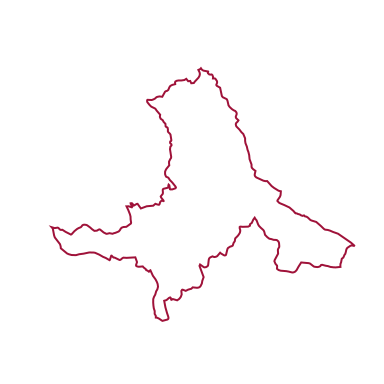 Anh Son, Nghệ An, Vietnam (Albers equal-area conic projection), rotated 256°
{"feature_id": "81297802B23970425053168", "entity_name": "Anh Son", "entity_type": "district", "adm_level": 2, "iso_a3": "VNM", "parent_name": "Vietnam", "parent_adm1": "Nghệ An", "projection": "albers", "projection_center": [105.043, 18.967], "detail": "fine", "context": "isolated", "style": "outline", "palette": "rose", "viewbox_px": 384, "rotation_deg": 256, "n_neighbors": 0, "source": "geoboundaries", "source_scale": "gbopen_adm2", "svg_char_len": 6029}
<svg xmlns="http://www.w3.org/2000/svg" viewBox="0 0 384 384"><g transform="rotate(256 192 192)"><path d="M191.8,47.3L190.2,48.1L183.3,47.7L181.1,47.9L173.3,51.3L171.1,51.4L169.1,51.1L162.6,55.9L161.5,57.3L160.0,59.9L158.8,64.1L158.9,67.5L158.4,71.9L158.2,77.7L157.0,82.0L156.5,83.2L153.7,86.8L150.6,90.0L148.9,92.3L145.8,95.5L146.0,95.9L149.7,98.2L149.7,98.6L148.0,99.6L147.4,100.0L147.1,101.0L143.6,105.2L143.5,106.2L144.6,108.4L144.9,109.5L143.9,112.7L142.3,121.2L137.3,121.7L134.6,120.0L133.8,120.0L133.4,120.3L132.7,121.4L132.3,122.4L131.7,126.2L130.5,126.8L128.3,128.5L127.2,128.7L126.6,129.7L125.1,130.9L126.0,132.2L126.1,132.7L120.2,133.8L116.0,135.5L113.0,136.2L111.0,136.4L108.3,136.1L105.9,134.8L104.3,133.2L101.3,131.5L99.5,129.8L97.5,128.5L94.1,127.6L91.2,127.1L88.4,126.8L85.5,127.0L82.8,126.3L80.6,126.9L78.9,126.5L78.5,127.7L77.1,129.4L74.5,131.7L74.1,132.2L74.2,137.4L74.6,138.2L75.4,138.7L76.8,138.8L80.5,138.5L86.5,138.3L93.2,138.7L93.3,141.1L94.8,144.1L95.0,145.3L94.5,145.7L92.5,145.8L92.3,146.2L92.8,147.3L92.7,147.6L90.5,151.4L91.3,153.6L92.0,154.6L93.0,155.8L95.1,157.2L98.5,157.7L99.5,158.7L99.5,159.3L97.6,162.0L98.2,164.7L98.3,168.0L99.3,169.6L97.8,173.8L97.7,175.5L98.0,176.6L98.6,177.5L100.8,179.4L103.3,180.5L106.6,182.7L118.5,181.4L119.7,182.3L116.3,185.2L115.9,185.7L115.7,187.4L116.2,189.0L116.7,189.7L117.5,190.1L122.3,191.9L123.4,192.6L124.1,193.8L124.6,196.3L123.7,197.5L123.4,198.3L123.4,199.9L123.7,201.0L126.3,204.6L125.4,205.2L122.9,207.7L122.5,208.4L122.5,209.2L122.8,209.8L128.1,212.6L129.0,213.5L129.8,216.0L129.8,217.4L130.2,218.6L132.5,220.0L133.9,221.6L136.5,222.7L138.3,225.7L139.4,227.1L140.9,228.6L142.3,229.3L143.4,229.6L145.3,229.5L146.5,229.8L146.7,230.2L146.6,231.0L146.0,232.5L144.8,238.1L145.3,240.1L146.3,240.3L146.8,240.7L147.5,242.5L150.4,244.8L151.9,246.6L150.2,247.1L148.9,247.8L144.7,248.3L143.1,248.7L140.8,250.0L138.0,251.9L137.1,252.3L135.7,252.5L132.8,252.5L130.0,254.1L128.0,255.7L127.0,257.8L125.9,259.5L125.2,261.8L124.8,262.7L123.1,263.9L121.5,264.1L118.4,263.6L117.5,263.3L115.9,261.8L115.0,261.3L111.3,260.6L106.0,255.8L104.9,255.2L102.2,255.6L100.0,256.7L99.2,256.6L97.1,255.9L96.7,256.0L95.3,257.2L94.2,259.0L92.4,264.3L91.5,266.3L89.7,269.7L89.5,270.6L89.5,271.5L89.8,272.9L90.9,274.6L93.8,277.3L97.2,280.9L94.7,288.1L94.0,289.2L90.2,292.2L89.7,293.1L88.8,295.5L88.7,297.0L89.0,298.5L89.9,299.5L89.9,300.6L88.1,303.9L87.2,306.0L85.8,308.2L84.7,311.1L84.1,313.1L83.4,317.9L84.2,318.0L86.4,318.7L87.6,319.6L91.0,321.2L91.8,323.0L94.3,324.9L94.8,325.7L96.7,326.8L98.4,327.6L99.7,328.5L100.3,329.4L101.5,332.7L101.5,334.1L100.6,336.1L100.0,336.7L101.1,336.3L104.4,334.0L116.2,323.6L119.1,319.2L121.1,316.6L122.3,314.6L123.3,312.0L124.2,311.1L127.9,308.8L132.9,305.3L135.4,301.1L136.2,300.1L139.2,298.2L140.3,297.2L141.1,295.6L142.2,295.0L142.1,293.5L143.1,292.0L143.8,291.5L144.5,290.5L145.0,289.5L145.9,288.5L146.1,287.6L146.7,287.3L146.8,286.9L149.0,285.9L153.4,282.8L157.0,278.4L159.6,274.9L160.5,273.9L162.6,272.7L163.2,272.9L166.1,276.2L167.6,277.2L171.2,278.4L172.3,276.3L176.1,272.6L178.5,270.7L184.4,267.6L184.8,265.8L185.7,264.0L190.6,257.9L191.9,257.1L192.8,256.9L193.9,257.1L197.1,258.7L199.4,256.8L201.1,255.9L202.1,255.9L204.3,256.4L209.9,255.8L213.9,256.4L217.2,256.4L219.6,256.1L222.7,256.2L226.4,255.7L228.7,255.9L231.2,256.5L235.9,255.8L238.1,254.4L241.2,253.1L244.9,250.9L246.0,250.8L247.3,250.9L248.2,251.5L249.4,253.5L250.3,254.4L253.0,252.7L254.0,252.6L254.5,252.7L256.6,254.1L257.6,254.4L258.6,254.3L260.1,253.6L261.3,252.1L262.9,250.7L265.4,249.1L267.2,248.4L271.7,248.5L273.4,248.3L274.0,247.8L276.5,244.8L277.9,244.2L286.4,244.5L289.0,241.8L289.7,241.5L290.1,241.5L291.8,242.7L292.7,243.0L293.7,243.0L296.2,242.1L296.6,241.7L297.1,239.8L298.5,240.3L300.4,240.1L301.1,239.7L301.4,239.2L301.4,238.4L301.9,237.2L302.8,236.6L303.4,236.2L303.9,236.2L304.7,236.8L305.0,236.8L306.9,232.7L307.3,232.1L308.3,231.2L309.9,230.6L309.3,229.8L308.9,227.7L306.3,228.3L304.6,228.2L302.9,227.4L301.4,226.0L298.4,221.4L297.3,220.1L297.7,217.6L300.2,217.1L300.4,215.1L303.2,213.8L302.5,211.7L302.8,208.6L303.5,205.7L303.6,203.9L303.2,202.6L302.6,202.1L300.7,201.8L300.7,198.9L300.2,196.7L299.1,195.4L296.8,193.7L296.2,192.4L296.1,190.8L295.8,190.1L291.6,186.2L292.6,183.6L292.7,181.6L292.6,180.5L291.6,178.7L291.2,177.1L291.0,175.2L292.2,171.1L291.9,170.7L290.9,170.4L289.9,170.4L286.7,171.9L284.7,173.1L282.0,176.3L281.2,176.8L279.7,177.3L274.7,179.8L272.7,179.0L270.7,179.3L268.7,181.0L266.9,181.4L264.6,182.7L262.1,182.3L261.1,182.9L260.8,183.5L260.1,183.9L258.1,183.7L257.0,183.3L255.9,183.4L254.0,184.6L252.9,185.0L247.2,184.5L246.6,184.1L246.3,183.1L245.3,182.7L244.5,182.7L243.4,183.5L242.5,183.5L242.1,183.3L241.2,182.0L238.8,181.0L231.1,180.3L230.1,179.9L229.2,178.9L227.1,177.1L225.1,176.6L223.4,176.4L220.6,172.7L219.4,171.6L218.2,170.8L215.9,170.2L214.4,170.3L213.1,170.6L211.7,172.4L211.1,172.7L209.0,173.4L205.9,175.2L201.3,177.3L200.3,177.5L199.6,176.9L199.3,173.6L199.7,171.7L200.0,171.3L204.0,171.6L204.8,171.1L204.2,170.7L202.3,170.1L202.0,169.8L202.0,165.2L201.8,164.6L201.1,164.1L198.3,163.6L197.3,163.2L195.3,160.6L194.1,160.7L190.8,162.2L190.2,162.3L190.1,161.9L190.9,160.9L190.9,160.2L190.0,158.7L188.1,157.6L187.7,157.1L187.6,156.8L188.3,155.3L189.4,153.6L188.1,151.1L189.1,144.6L188.4,138.4L193.7,136.3L193.8,135.5L192.9,132.3L195.2,131.3L195.7,130.9L195.9,129.7L195.4,129.6L192.3,130.4L192.0,130.3L191.7,129.9L193.5,127.0L193.9,125.0L189.9,125.8L185.3,126.4L183.0,126.4L180.2,125.8L177.0,125.5L176.2,125.1L174.1,119.9L174.6,117.0L174.4,115.2L173.7,114.0L172.6,113.0L171.7,111.8L171.4,111.2L170.9,107.7L170.9,106.1L170.7,104.8L172.0,102.0L172.0,99.6L172.2,98.7L174.1,96.5L177.7,93.8L178.1,93.2L178.1,92.4L177.5,90.4L177.9,87.9L180.1,86.0L182.2,84.6L185.1,82.2L185.8,81.1L186.4,79.4L186.4,78.4L186.2,77.6L185.0,76.1L184.7,75.4L184.4,73.2L183.9,71.5L182.5,68.5L180.1,64.9L180.0,64.2L183.9,59.7L186.7,57.1L186.9,55.7L187.5,54.8L189.4,53.7L189.9,53.1L190.2,50.0L191.8,47.3Z" fill="none" stroke="#9f1239" stroke-width="2"/></g></svg>